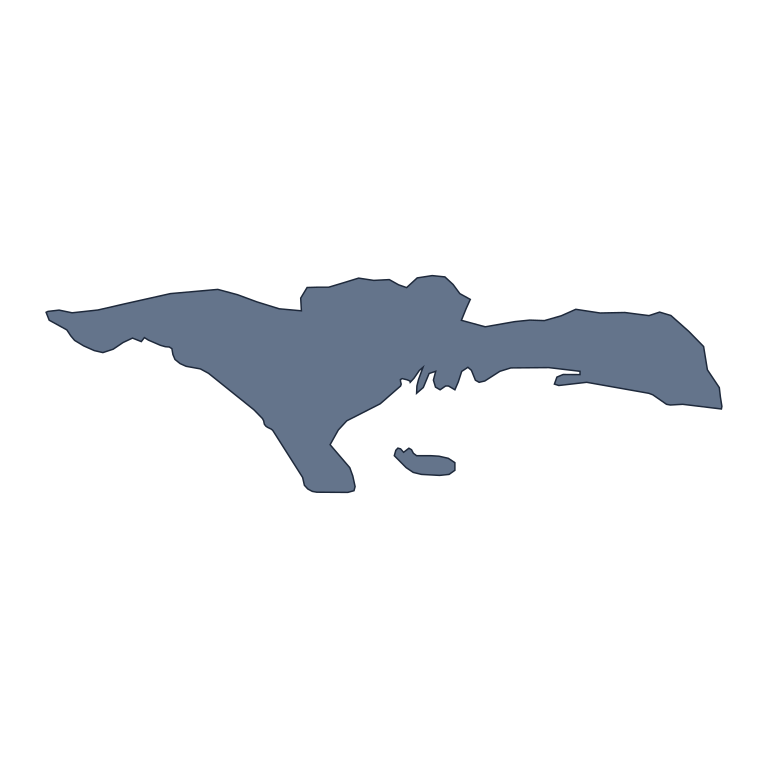 map outline of Sud (Robinson projection)
{"feature_id": "HTI-1362", "entity_name": "Sud", "entity_type": "Department", "adm_level": 1, "iso_a3": "HTI", "parent_name": "Haiti", "parent_adm1": "", "projection": "robinson", "projection_center": [-73.723, 18.228], "detail": "fine", "context": "isolated", "style": "filled", "palette": "slate", "viewbox_px": 768, "rotation_deg": 0, "n_neighbors": 0, "source": "natural_earth", "source_scale": "10m", "svg_char_len": 2054}
<svg xmlns="http://www.w3.org/2000/svg" viewBox="0 0 768 768"><path d="M721.4,409.0L682.7,404.3L670.3,405.0L666.5,404.3L652.8,394.8L648.8,393.3L586.7,382.3L558.8,385.5L554.4,384.1L556.9,377.1L563.1,374.5L580.0,374.6L580.0,371.3L548.8,367.6L510.9,367.9L499.9,371.3L484.8,381.0L479.1,382.3L475.4,380.2L471.4,370.3L467.9,367.3L461.7,371.4L458.3,381.9L454.9,389.8L448.5,386.0L445.6,386.0L440.1,389.8L435.5,387.1L433.4,380.1L435.7,371.3L429.1,373.5L423.3,387.5L416.6,393.3L416.9,386.0L418.5,379.6L423.0,367.3L419.3,370.5L414.0,378.2L410.2,382.3L409.9,381.0L407.1,379.8L402.1,378.6L400.4,379.6L400.6,381.7L401.2,384.1L400.6,386.0L380.2,403.8L346.8,420.8L338.3,430.0L330.1,444.7L349.8,467.7L352.8,476.0L355.1,486.6L354.0,490.7L347.8,492.4L316.8,492.2L312.3,491.4L307.8,489.0L304.4,485.3L302.6,477.4L272.7,430.3L271.2,429.1L267.7,427.4L266.0,426.3L264.4,424.3L264.0,422.6L263.7,420.9L262.5,418.6L253.8,409.7L208.5,373.3L200.4,368.9L186.1,366.3L180.1,363.6L175.0,359.5L172.9,354.5L171.9,348.7L169.3,347.0L165.3,346.7L160.4,345.3L148.4,340.1L144.4,337.6L141.3,341.6L132.5,338.1L123.1,342.5L113.2,349.2L102.9,352.6L94.3,350.6L83.7,345.9L74.6,340.4L70.8,335.9L66.8,329.9L49.2,320.2L46.1,312.3L47.9,311.4L59.1,310.1L72.1,312.8L97.9,310.0L123.5,304.1L170.4,293.6L217.8,289.4L237.5,294.7L257.0,301.9L279.2,308.8L301.4,310.8L300.7,298.1L307.1,287.5L317.9,287.2L328.7,287.2L343.7,282.7L358.6,278.1L373.8,280.4L389.3,279.6L398.6,284.8L406.6,287.6L417.2,277.9L432.2,275.6L444.9,276.9L453.1,284.5L459.8,293.6L470.3,299.4L466.1,308.7L461.4,320.3L485.1,326.8L514.9,321.6L529.7,320.1L544.4,320.6L561.2,315.8L575.8,309.3L600.1,313.0L624.9,312.5L637.1,314.1L649.0,315.6L659.6,312.1L670.9,315.5L688.7,331.3L703.6,346.5L707.4,369.8L719.3,387.6L720.4,397.0L721.9,406.4L721.4,409.0ZM431.1,455.7L439.0,456.2L448.3,458.3L454.9,462.7L454.9,470.3L449.1,474.4L439.6,475.4L421.4,474.4L413.2,472.4L406.1,467.6L394.3,455.7L395.8,450.3L397.9,448.1L400.6,448.9L403.6,452.3L408.9,448.2L411.5,449.7L413.4,453.3L416.6,455.7L431.1,455.7Z" fill="#64748b" stroke="#1e293b" stroke-width="1.5"/></svg>